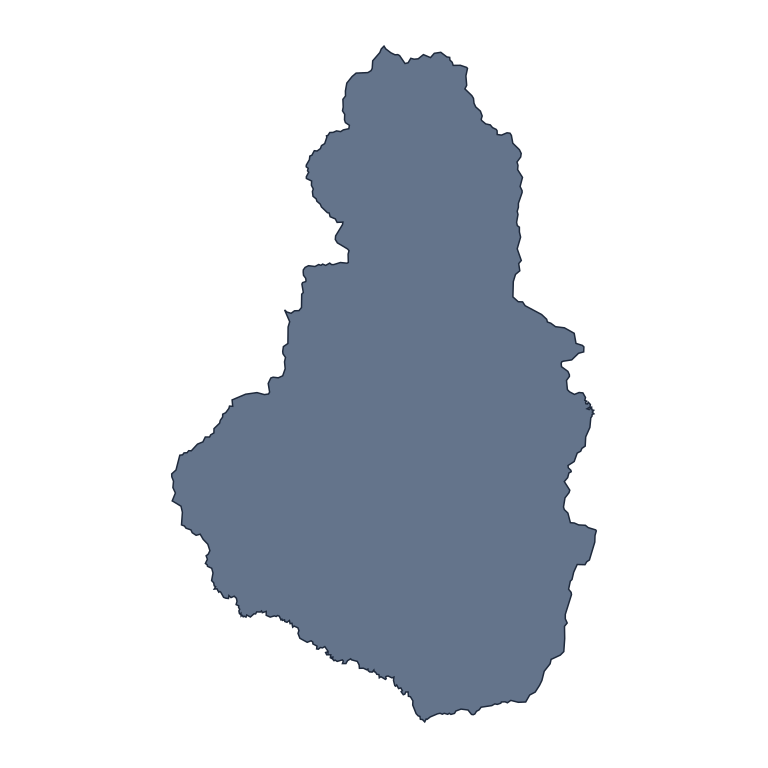 the district of Mae Suai, Chiang Rai, Thailand
{"feature_id": "78962969B62426032624456", "entity_name": "Mae Suai", "entity_type": "district", "adm_level": 2, "iso_a3": "THA", "parent_name": "Thailand", "parent_adm1": "Chiang Rai", "projection": "natural_earth1", "projection_center": [99.446, 19.72], "detail": "fine", "context": "isolated", "style": "filled", "palette": "slate", "viewbox_px": 768, "rotation_deg": 0, "n_neighbors": 0, "source": "geoboundaries", "source_scale": "gbopen_adm2", "svg_char_len": 6092}
<svg xmlns="http://www.w3.org/2000/svg" viewBox="0 0 768 768"><path d="M213.0,573.0L211.6,580.6L213.7,582.8L214.2,585.8L215.6,586.7L214.2,589.1L216.9,588.8L218.8,592.2L219.8,591.5L220.7,592.1L223.6,597.3L225.8,598.2L228.5,598.5L228.9,595.6L231.0,597.6L234.2,596.2L236.4,598.3L237.0,601.3L236.1,604.6L238.7,605.8L238.6,607.5L239.7,609.2L238.9,610.9L239.4,613.5L240.1,614.1L240.9,613.3L241.1,616.1L242.0,615.3L243.2,616.8L244.0,616.2L246.0,617.1L246.7,615.0L250.4,617.0L254.0,613.8L255.6,613.9L256.7,611.9L260.4,612.0L261.5,611.0L262.3,612.7L266.2,611.4L266.2,615.3L270.2,617.1L274.4,615.9L276.2,616.5L277.6,615.5L279.3,616.2L281.0,619.9L281.9,619.2L282.5,620.4L284.5,619.9L284.8,621.5L287.0,622.3L289.4,620.5L290.1,623.7L291.9,623.3L292.7,627.2L294.1,626.1L297.9,627.8L298.9,630.6L298.0,633.4L299.9,638.3L307.2,642.3L311.1,640.8L312.8,642.1L312.9,643.9L317.0,646.1L316.6,648.9L318.4,649.2L320.4,647.5L322.5,647.9L324.8,646.6L328.1,651.4L328.0,652.9L327.3,651.9L325.6,652.5L326.7,654.8L330.8,654.8L330.3,657.7L331.6,658.4L331.9,657.2L332.9,657.1L332.5,658.9L334.0,660.7L335.1,660.1L337.2,661.4L342.4,659.9L343.3,661.0L342.4,663.6L345.9,663.6L347.5,660.7L350.7,658.8L351.4,659.8L357.3,661.4L359.1,664.9L359.4,668.3L363.4,668.2L366.7,669.8L367.9,669.1L368.1,670.6L369.6,671.9L372.2,672.1L373.9,670.0L374.3,671.8L375.5,672.1L376.8,674.3L378.9,674.6L379.3,677.8L380.9,676.7L385.4,679.4L386.2,678.7L385.6,677.0L386.2,676.4L388.1,676.0L392.0,677.9L393.9,677.1L393.5,680.4L394.8,685.6L395.6,686.2L396.7,685.0L398.6,688.6L400.8,687.9L402.3,690.6L401.1,691.7L403.3,694.7L404.8,694.2L405.8,692.0L408.1,692.0L408.4,696.3L410.4,696.7L412.9,700.9L412.7,705.0L416.1,713.6L418.2,715.9L419.9,716.4L420.4,719.3L422.4,719.5L424.7,721.9L426.2,719.0L427.2,719.3L430.3,716.9L437.6,713.8L440.1,713.3L442.3,714.2L444.2,713.3L447.7,714.3L449.3,713.3L450.9,714.4L454.5,713.4L455.9,711.0L461.0,709.1L468.0,710.0L471.5,714.4L473.2,714.7L474.8,714.0L476.5,711.3L479.1,709.9L481.1,707.2L491.8,705.6L494.8,703.9L497.3,704.4L500.8,703.2L501.4,702.0L505.1,701.8L507.4,702.8L510.8,700.4L518.3,702.3L525.7,702.0L529.7,695.0L535.2,692.1L539.5,685.4L541.9,680.5L544.2,671.3L550.1,663.8L551.1,659.4L560.3,655.1L563.8,651.6L564.7,638.6L564.5,626.3L567.2,623.0L565.3,618.8L565.3,614.4L571.5,594.6L571.1,592.3L568.6,589.2L570.3,581.2L572.0,579.5L573.7,572.2L577.2,564.5L585.0,564.7L586.7,561.8L589.4,560.0L594.8,542.1L595.0,535.6L596.3,530.9L595.7,529.9L588.2,527.6L585.4,525.3L578.6,524.9L574.3,523.0L570.4,522.7L567.9,513.1L564.3,509.6L563.5,507.0L565.0,497.9L569.0,492.7L569.8,490.2L564.3,481.6L567.7,477.6L568.9,473.0L571.2,471.7L570.9,470.3L568.3,467.8L568.0,465.5L574.2,461.5L577.2,453.1L580.7,451.2L581.9,448.4L585.2,446.1L585.7,436.9L589.9,427.4L590.8,417.8L592.0,416.2L592.1,414.4L593.9,413.8L592.3,412.1L593.7,410.3L591.9,409.8L591.6,407.3L589.2,409.6L587.0,408.8L590.1,406.9L590.4,404.5L588.3,402.3L587.3,404.0L585.8,403.7L585.6,402.3L586.7,401.2L584.8,400.3L585.5,397.5L582.9,392.9L579.1,392.5L574.4,394.4L569.5,391.8L567.4,389.6L566.5,380.4L569.4,376.5L569.4,374.8L567.9,371.4L561.5,366.7L561.2,363.2L561.8,361.8L563.3,361.2L571.7,359.9L578.5,353.3L583.7,351.9L583.9,346.9L582.4,345.4L576.0,343.4L574.2,333.3L564.4,327.8L555.5,326.7L550.8,323.2L547.4,322.0L546.7,319.3L541.6,314.5L525.1,305.7L522.6,301.9L518.2,301.7L512.9,296.9L513.3,281.6L515.5,274.4L519.8,270.8L518.7,263.6L521.3,260.5L517.2,248.8L520.6,237.1L519.4,232.0L519.4,227.2L517.3,225.6L516.6,222.3L518.0,214.5L517.2,211.3L518.4,207.3L518.4,203.3L522.1,192.6L522.1,190.7L520.1,186.5L522.5,177.4L517.6,169.6L518.0,165.4L517.0,162.0L520.7,157.0L521.2,153.4L519.4,149.7L512.8,143.2L511.4,135.4L510.0,133.2L507.0,132.8L501.5,135.1L497.2,134.5L497.1,130.8L496.2,129.4L492.5,127.6L490.3,124.9L485.7,123.9L481.7,120.5L481.2,119.3L482.2,116.0L480.4,111.1L475.7,106.9L474.0,103.2L473.5,98.4L471.9,95.7L464.9,88.9L466.7,85.3L465.9,75.9L467.5,68.4L466.6,67.4L460.4,65.3L453.2,65.4L452.2,62.3L449.9,60.0L449.7,57.4L446.8,56.9L440.8,52.3L434.3,53.3L430.5,57.6L423.4,54.6L418.2,58.8L414.1,59.2L410.8,58.3L408.1,62.8L405.0,63.5L399.6,55.6L397.8,54.6L395.0,54.8L390.9,52.8L385.8,48.9L384.0,46.1L381.3,48.9L379.8,52.6L372.7,60.8L372.2,68.4L371.1,70.6L367.9,72.6L356.1,73.1L352.1,76.5L346.8,83.1L345.4,91.0L345.5,96.0L342.9,99.3L343.2,107.1L342.5,110.8L344.7,114.3L344.5,119.8L345.4,122.6L349.4,125.3L348.8,128.7L343.3,129.9L340.7,131.6L336.5,130.9L333.1,132.4L329.8,132.5L327.8,135.5L326.5,135.8L326.8,137.3L324.7,143.6L321.5,145.6L320.4,148.6L317.1,151.0L314.3,150.7L311.9,155.2L309.8,156.1L309.4,159.7L306.3,165.1L306.2,166.8L308.2,168.3L307.5,170.8L308.7,172.2L306.3,176.8L306.4,178.5L311.6,181.0L311.4,185.3L313.3,189.0L312.4,191.5L313.0,196.3L316.2,198.9L316.9,201.3L320.3,204.2L321.4,206.9L327.4,212.7L329.2,213.0L330.1,216.7L335.3,218.9L337.1,222.4L342.9,222.1L342.5,224.6L335.6,235.9L335.3,239.5L337.4,242.9L347.6,249.0L349.0,250.7L348.1,254.1L348.3,262.5L347.0,263.2L340.4,262.5L333.7,264.6L331.6,264.6L329.7,263.1L325.7,265.4L322.6,264.1L321.0,265.3L318.7,264.5L315.0,266.5L308.5,265.7L305.1,267.4L303.3,269.9L303.2,272.1L303.5,275.3L305.7,278.3L306.0,280.6L305.7,281.6L302.6,282.6L301.9,284.1L303.3,292.5L301.7,294.2L301.5,307.5L299.0,310.6L294.5,310.8L291.1,313.3L286.8,312.0L284.6,309.9L289.7,321.7L288.1,327.0L287.9,343.5L283.4,346.6L282.7,351.4L283.0,353.8L285.5,357.5L284.5,361.8L285.2,368.7L282.7,375.8L278.3,377.8L273.1,377.2L270.8,378.0L268.2,383.5L269.6,392.1L268.5,394.0L264.4,394.6L257.0,392.6L245.6,394.2L232.1,399.9L232.7,406.3L229.5,406.1L228.9,408.4L225.7,412.7L222.7,414.2L222.6,417.1L220.3,420.3L219.6,423.2L214.0,428.6L213.9,432.9L210.6,434.9L209.6,437.0L205.3,437.0L202.9,441.9L197.5,444.1L191.3,450.8L188.7,450.7L187.1,452.7L184.0,452.9L182.6,454.8L179.8,455.2L176.0,470.0L171.7,473.9L171.8,476.8L173.5,481.2L172.9,487.6L175.4,493.0L172.2,500.9L181.0,506.2L182.4,512.3L181.5,524.9L184.4,526.0L186.0,528.2L190.9,529.9L192.2,532.7L196.1,535.3L200.2,534.2L203.2,539.4L207.8,544.2L209.9,550.7L208.2,554.2L206.1,555.8L207.4,559.2L205.4,563.5L207.1,564.7L207.5,566.3L211.7,568.3L213.0,573.0Z" fill="#64748b" stroke="#1e293b" stroke-width="1.5"/></svg>